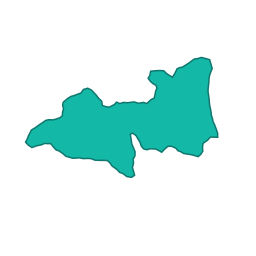 outline of Caparaó, Minas Gerais, Brazil, rotated 339°
{"feature_id": "56859067B87731817082401", "entity_name": "Caparaó", "entity_type": "district", "adm_level": 2, "iso_a3": "BRA", "parent_name": "Brazil", "parent_adm1": "Minas Gerais", "projection": "robinson", "projection_center": [-41.952, -20.531], "detail": "fine", "context": "isolated", "style": "filled", "palette": "teal", "viewbox_px": 256, "rotation_deg": 339, "n_neighbors": 0, "source": "geoboundaries", "source_scale": "gbopen_adm2", "svg_char_len": 2105}
<svg xmlns="http://www.w3.org/2000/svg" viewBox="0 0 256 256"><g transform="rotate(339 128 128)"><path d="M126.5,99.7L123.8,101.2L120.8,101.5L118.1,101.8L115.5,100.5L112.2,97.9L113.0,93.3L111.3,90.0L110.1,85.9L108.6,82.2L107.4,79.4L104.6,76.4L100.3,76.1L96.5,78.5L92.7,78.4L89.0,78.4L86.2,78.1L83.0,78.6L79.7,79.7L76.8,80.7L75.1,83.4L74.7,87.0L72.6,89.7L71.0,93.1L68.0,94.0L64.2,93.9L60.4,93.4L57.4,92.0L54.1,91.4L50.0,92.4L45.9,93.3L41.0,94.6L37.0,95.3L34.4,97.7L32.2,99.7L30.1,102.0L27.3,104.5L28.6,107.9L31.3,111.8L36.4,111.9L41.0,112.7L44.6,112.5L47.5,113.9L50.3,114.9L51.6,119.1L53.0,122.7L55.4,124.7L57.9,128.3L59.9,132.1L62.7,134.3L65.4,136.3L67.9,137.3L71.6,138.3L75.4,140.6L79.8,142.1L82.7,143.5L85.5,146.1L89.5,147.9L94.0,149.6L97.0,151.0L98.6,154.0L99.5,157.8L101.2,160.3L102.9,162.9L104.2,166.4L106.7,168.4L109.6,173.0L113.7,175.3L117.2,174.5L117.6,171.0L118.0,166.4L120.7,162.6L121.5,159.1L124.5,156.5L126.1,152.7L126.0,148.0L125.8,144.4L126.9,139.6L127.9,134.6L130.5,134.5L132.8,138.0L133.6,143.0L134.1,146.1L133.9,149.6L135.1,153.1L137.9,155.1L141.1,155.3L143.6,156.4L146.2,157.5L148.2,159.5L150.8,162.7L155.0,160.7L158.9,159.4L162.4,160.9L165.5,164.1L166.5,167.1L168.9,169.2L170.8,171.7L173.7,173.4L177.2,175.4L180.3,177.6L183.3,179.9L186.3,178.8L189.5,176.5L190.7,172.5L192.7,169.2L197.7,168.0L201.7,166.0L204.9,167.3L208.4,168.8L209.8,165.1L210.0,159.8L210.0,155.8L209.7,152.7L210.2,149.6L210.4,146.1L211.2,143.1L211.8,140.0L212.3,136.5L213.1,133.3L214.0,130.4L214.8,127.0L215.5,123.7L216.5,120.8L218.1,117.7L219.9,114.2L221.4,110.7L223.3,107.7L225.5,105.2L227.9,102.7L228.3,98.5L228.7,93.5L225.3,90.9L221.7,88.4L218.1,88.2L214.8,87.4L211.4,88.2L208.5,89.1L204.0,90.0L200.3,90.7L197.7,90.1L194.9,90.4L191.7,93.5L187.8,96.5L185.2,93.4L183.4,90.7L181.9,87.4L178.2,85.7L173.5,84.2L169.5,83.1L167.3,86.6L164.6,88.9L165.7,92.7L167.3,95.7L169.4,98.2L169.3,101.2L167.0,103.5L165.1,106.7L163.1,109.5L160.1,109.7L157.3,110.6L154.5,112.0L151.7,109.7L146.7,108.7L143.0,105.8L139.6,105.0L136.4,104.2L133.0,102.5L129.2,102.3L126.5,99.7Z" fill="#14b8a6" stroke="#0f766e" stroke-width="1.5"/></g></svg>